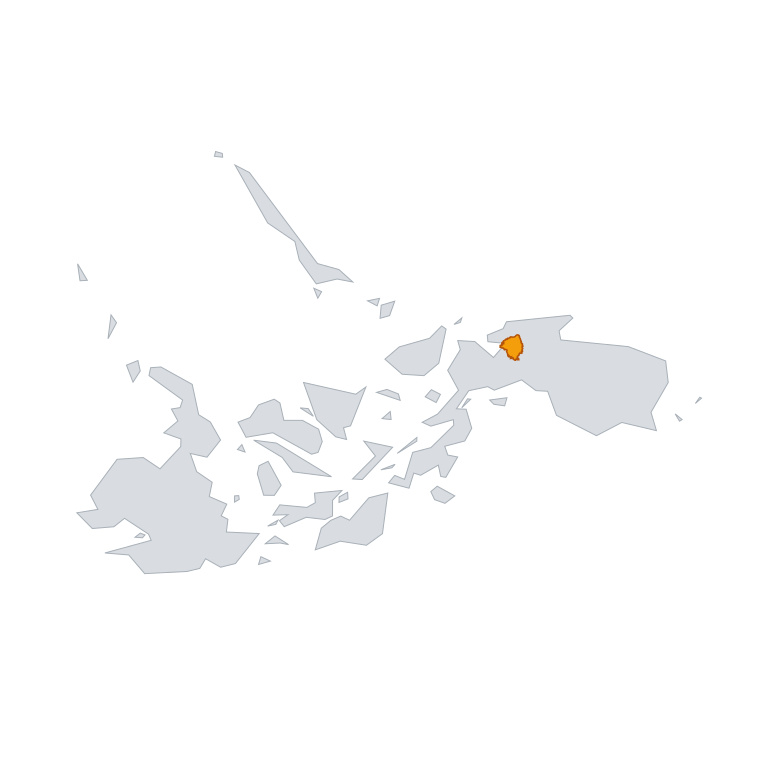 location of Pampanga, Pampanga, Philippines, rotated 96°
{"feature_id": "2640588B20595662599865", "entity_name": "Pampanga", "entity_type": "district", "adm_level": 2, "iso_a3": "PHL", "parent_name": "Philippines", "parent_adm1": "Pampanga", "projection": "albers", "projection_center": [120.654, 15.023], "detail": "fine", "context": "in_parent", "style": "filled", "palette": "amber", "viewbox_px": 768, "rotation_deg": 96, "n_neighbors": 0, "source": "geoboundaries", "source_scale": "gbopen_adm2", "svg_char_len": 7940}
<svg xmlns="http://www.w3.org/2000/svg" viewBox="0 0 768 768"><g transform="rotate(96 384 384)"><path d="M352.8,101.5L384.2,115.5L401.9,108.2L397.4,143.5L413.2,167.3L397.1,209.2L374.1,220.5L374.7,232.2L365.5,247.6L378.6,273.7L375.8,280.6L381.8,299.0L401.1,309.4L400.5,299.7L418.9,292.1L432.2,297.7L439.6,317.1L448.0,313.1L448.9,303.1L470.4,312.8L470.0,317.9L459.0,321.5L470.9,338.0L469.5,345.1L485.0,348.2L481.8,369.1L473.8,363.8L476.7,353.6L449.0,348.3L442.4,330.7L417.7,310.3L412.2,311.3L421.0,333.0L418.1,342.0L408.4,327.6L382.4,309.2L363.7,322.1L341.9,311.7L333.1,315.2L332.3,298.2L346.2,277.9L330.9,267.4L331.1,285.1L324.6,286.4L316.5,271.3L309.3,268.7L296.2,206.2L298.7,203.1L312.8,215.5L321.7,212.8L321.3,144.9L331.6,106.3L352.8,101.5ZM545.8,492.5L578.1,513.0L583.3,527.3L576.4,543.2L586.6,547.9L591.0,560.2L597.6,602.2L580.7,620.0L581.2,643.9L563.8,599.2L557.9,602.5L544.7,628.0L554.2,637.7L558.2,659.0L544.2,676.0L538.6,655.4L525.2,664.2L486.8,641.6L482.3,615.8L491.8,597.9L467.5,579.6L459.9,580.2L455.6,597.9L442.3,585.1L431.1,592.8L428.8,584.3L421.0,582.6L400.2,618.6L392.2,617.8L390.4,607.7L404.4,574.7L433.9,565.1L439.9,552.8L456.8,540.7L475.3,552.4L473.3,569.4L490.8,561.1L499.7,544.6L514.2,546.0L519.9,527.8L532.1,532.1L534.9,525.1L547.7,525.3L545.8,492.5ZM451.4,515.6L437.2,525.2L431.4,513.7L417.9,506.6L410.6,491.6L413.8,485.5L430.6,479.8L428.7,461.3L435.8,444.3L447.7,439.4L458.9,442.4L461.4,448.7L444.1,489.5L451.4,515.6ZM533.0,369.9L546.2,384.6L544.9,411.1L556.1,435.0L534.0,431.3L525.2,422.7L519.9,413.2L523.1,404.0L498.8,387.2L492.0,368.8L533.0,369.9ZM388.9,401.7L429.1,412.9L431.7,419.7L443.1,415.4L441.6,426.4L426.5,447.1L390.9,464.2L397.1,411.0L388.9,401.7ZM236.0,516.5L181.8,555.1L187.8,539.9L271.2,462.7L274.9,440.8L285.8,425.7L284.5,441.7L291.5,461.8L269.6,481.2L251.6,487.5L236.0,516.5ZM322.9,328.0L357.6,331.7L371.5,345.1L372.4,367.0L359.2,385.7L345.5,372.7L333.8,343.5L320.2,332.7L322.9,328.0ZM505.1,423.0L520.6,421.4L524.9,428.5L524.7,447.4L536.3,468.3L530.9,473.7L524.0,465.9L526.0,480.7L515.1,475.0L514.8,447.8L509.2,439.9L499.8,441.7L494.3,414.7L505.1,423.0ZM453.5,507.7L454.0,484.8L481.7,426.5L480.9,465.3L467.7,477.5L453.5,507.7ZM507.2,492.0L486.6,500.6L478.3,499.7L473.0,491.2L495.5,475.7L506.2,481.4L507.2,492.0ZM446.0,368.8L481.3,395.7L481.7,405.3L456.5,385.0L442.9,398.1L446.0,368.8ZM493.7,321.6L486.1,326.2L480.1,320.4L487.9,301.9L496.3,310.9L493.7,321.6ZM408.4,633.8L392.2,642.1L386.4,631.2L396.5,627.8L408.4,633.8ZM300.5,382.0L315.4,385.6L319.1,394.8L305.9,395.0L300.5,382.0ZM388.4,326.8L397.0,330.2L392.4,341.7L384.7,336.3L388.4,326.8ZM351.0,656.4L367.8,663.2L343.8,662.7L351.0,656.4ZM555.3,485.4L546.5,476.5L553.7,462.1L553.0,470.7L555.3,485.4ZM398.6,366.2L393.1,390.5L389.1,380.5L392.4,368.6L398.6,366.2ZM311.9,689.9L313.1,697.1L296.5,701.3L311.9,689.9ZM393.1,261.7L392.7,272.6L388.9,277.2L384.8,260.3L393.1,261.7ZM423.5,450.9L416.5,464.9L416.4,456.8L423.5,450.9ZM307.0,399.0L303.0,409.1L299.3,397.4L307.0,399.0ZM506.5,416.4L501.0,416.8L495.5,408.9L502.0,407.8L506.5,416.4ZM418.6,373.2L418.6,382.3L410.7,374.9L418.6,373.2ZM576.6,489.9L568.6,488.4L572.0,478.5L576.6,489.9ZM437.4,345.4L451.6,363.6L433.7,345.7L437.4,345.4ZM305.6,458.8L296.1,463.8L298.7,455.7L305.6,458.8ZM466.2,515.1L464.5,522.9L459.1,519.0L466.2,515.1ZM466.5,367.4L469.7,378.2L462.7,364.6L466.5,367.4ZM175.3,576.4L170.4,575.8L171.6,568.9L175.3,568.2L175.3,576.4ZM517.1,520.3L510.9,520.9L510.2,516.8L513.9,515.9L517.1,520.3ZM562.4,615.6L557.8,610.8L559.1,605.9L562.2,608.2L562.4,615.6ZM314.8,314.5L317.4,320.6L310.1,313.5L314.8,314.5ZM534.9,476.9L537.5,484.9L530.5,475.2L534.9,476.9ZM390.1,86.2L383.3,91.3L388.2,83.8L390.1,86.2ZM399.5,304.2L390.0,299.4L390.1,296.2L399.5,304.2ZM364.9,66.7L370.8,72.3L364.2,68.6L364.9,66.7Z" fill="#d9dde1" stroke="#a8b0b8" stroke-width="1"/><path d="M329.6,270.1L329.7,269.9L329.8,269.8L330.0,269.8L330.3,269.9L330.6,269.9L330.6,270.0L330.6,270.3L330.9,270.0L330.7,269.7L330.5,269.2L330.4,269.1L330.2,269.2L330.3,269.0L330.3,268.8L330.4,269.0L330.5,269.0L330.6,269.5L330.9,269.9L331.0,269.9L331.5,269.6L331.5,269.8L331.5,270.0L331.7,270.3L331.9,270.5L331.9,270.4L332.0,270.4L331.9,270.6L332.1,270.7L332.0,270.8L332.3,270.8L332.3,270.6L332.3,270.4L332.5,270.4L332.4,270.7L332.5,270.8L332.4,270.8L332.5,270.9L332.4,271.0L332.5,271.0L332.4,271.1L332.5,271.1L332.5,271.3L332.6,271.0L332.9,271.0L333.0,271.1L333.1,271.3L333.1,271.5L333.4,271.7L333.4,271.9L333.5,271.9L333.5,272.0L333.8,272.3L333.9,272.1L334.0,272.2L333.9,272.4L334.1,272.4L334.4,272.4L334.3,272.1L334.7,272.3L334.8,272.3L334.7,272.1L334.9,272.2L335.1,272.1L335.2,272.3L335.3,272.3L335.3,272.2L335.5,271.6L335.7,270.8L335.8,270.5L335.8,270.2L335.7,270.0L335.8,269.7L335.7,269.5L336.0,269.4L336.4,268.5L336.4,268.3L336.5,268.2L336.8,268.2L337.1,268.1L337.4,267.9L337.3,267.7L336.8,267.7L336.9,266.8L337.1,266.8L337.2,266.6L337.1,266.3L337.0,266.2L337.0,265.9L337.1,265.6L337.3,265.5L337.3,265.4L337.7,265.2L337.8,265.2L338.1,265.2L338.5,265.3L338.9,265.5L340.4,264.6L341.0,264.3L341.1,264.2L341.3,264.2L341.6,264.0L342.0,264.1L342.3,264.0L342.5,263.9L342.4,263.4L342.5,263.4L342.4,263.3L342.5,263.2L342.9,263.1L343.2,263.0L343.3,263.0L343.3,262.9L343.6,262.9L343.5,262.5L343.8,262.5L343.8,262.3L343.6,262.2L343.8,262.3L343.8,262.2L343.7,262.1L343.4,262.1L343.5,262.0L343.5,261.8L343.6,261.6L343.4,261.7L343.6,261.5L344.0,261.5L344.1,261.4L344.1,261.2L344.1,260.9L344.0,260.7L344.2,260.8L344.5,261.0L344.8,261.1L345.0,261.0L345.0,260.9L344.9,260.7L345.0,260.7L344.9,260.6L345.0,260.4L345.3,260.4L345.5,260.5L345.7,260.3L345.8,260.3L345.7,260.3L345.6,260.2L345.4,260.1L345.2,260.0L345.2,259.9L345.0,259.7L344.8,259.7L344.7,259.4L344.3,258.9L344.5,258.3L344.7,258.2L344.7,258.3L344.9,258.2L345.1,258.3L345.5,258.2L345.8,258.1L345.9,257.8L346.1,257.5L346.1,257.3L346.2,257.2L346.3,257.1L346.3,256.9L346.4,256.7L346.6,256.4L346.6,256.2L346.5,256.3L346.5,256.0L346.3,255.9L346.2,255.8L346.2,255.7L345.9,255.6L345.7,255.5L345.7,255.4L345.3,255.2L345.2,254.9L345.3,254.8L345.2,254.7L345.3,254.6L345.1,254.3L345.2,254.2L345.3,254.1L345.7,254.0L345.7,253.8L345.7,253.6L345.8,253.6L345.8,253.4L345.7,253.4L345.7,253.2L345.9,253.2L345.8,252.8L345.7,252.8L345.7,252.5L345.4,252.6L344.9,252.7L344.7,252.7L344.5,252.8L344.5,253.0L344.4,253.5L344.2,253.6L344.1,253.8L344.2,254.0L344.1,253.8L343.8,253.9L343.8,254.1L343.6,254.0L343.4,254.1L343.5,254.0L343.3,254.0L343.1,254.1L343.1,254.3L342.9,254.3L342.9,254.1L342.5,254.1L342.3,254.0L341.8,253.1L341.5,253.1L341.3,252.9L341.1,253.0L341.0,252.9L340.9,252.8L340.6,252.8L340.6,252.7L340.4,252.7L340.1,252.6L339.7,252.7L339.4,252.4L339.1,252.2L339.3,251.8L339.3,251.7L339.1,251.6L339.0,251.4L338.9,251.1L338.8,250.9L339.0,250.6L338.9,250.5L338.9,250.3L338.9,250.2L338.2,250.3L337.8,250.4L337.8,250.6L337.7,250.7L337.4,250.7L337.4,250.2L337.5,250.1L337.5,249.8L337.4,249.7L337.2,249.9L336.8,249.8L336.1,249.9L336.1,250.0L335.9,250.4L335.6,250.4L334.8,250.1L334.7,249.9L334.3,249.7L333.8,249.9L333.5,250.3L333.4,250.5L333.0,250.6L332.6,250.4L332.3,250.4L332.0,250.3L331.7,250.5L331.3,250.3L330.7,250.5L330.9,250.2L330.4,250.4L330.2,250.4L329.6,250.6L329.5,250.8L329.4,250.7L329.3,250.8L329.2,251.0L329.1,251.4L329.0,251.6L328.9,251.6L328.6,251.8L328.3,252.0L328.2,252.0L328.0,251.9L327.9,252.0L327.8,251.9L327.6,252.1L327.2,252.0L326.9,252.3L326.7,252.4L326.6,252.5L326.3,252.5L326.2,252.6L324.7,253.2L324.2,253.6L323.8,254.0L323.0,254.0L322.7,254.4L322.4,254.5L322.1,254.6L321.9,254.6L321.6,254.7L321.1,256.1L321.5,257.3L323.3,258.8L323.9,260.2L323.9,262.5L323.8,262.8L324.0,263.0L324.3,263.3L324.5,263.4L324.5,263.5L324.4,263.6L324.5,263.8L324.8,263.9L325.0,263.8L325.6,265.3L325.6,265.6L325.9,265.5L326.1,265.6L326.6,265.9L326.7,266.1L326.7,266.3L326.4,266.7L326.4,266.9L326.7,267.0L326.9,267.0L327.0,267.2L326.8,267.4L327.0,267.5L327.2,267.8L327.5,268.2L327.8,268.2L328.0,268.3L328.1,268.6L328.3,268.9L328.3,269.0L328.5,269.5L329.6,270.1Z" fill="#f59e0b" stroke="#b45309" stroke-width="1.5"/></g></svg>